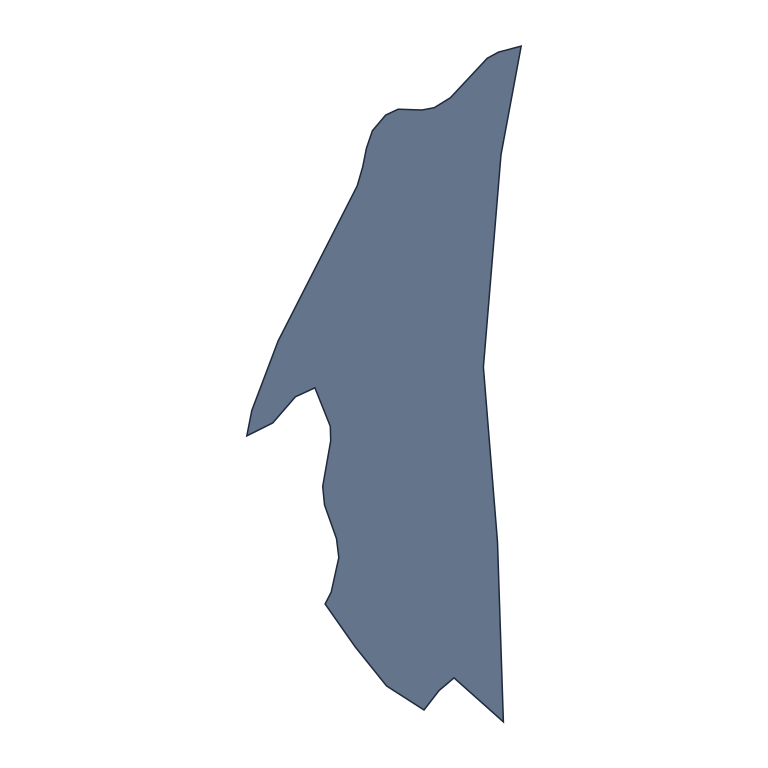 map outline of Koboko (Equal Earth projection)
{"feature_id": "UGA-3081", "entity_name": "Koboko", "entity_type": "County", "adm_level": 1, "iso_a3": "UGA", "parent_name": "Uganda", "parent_adm1": "", "projection": "equal_earth", "projection_center": [30.954, 3.522], "detail": "fine", "context": "isolated", "style": "filled", "palette": "slate", "viewbox_px": 768, "rotation_deg": 0, "n_neighbors": 0, "source": "natural_earth", "source_scale": "10m", "svg_char_len": 560}
<svg xmlns="http://www.w3.org/2000/svg" viewBox="0 0 768 768"><path d="M422.0,110.0L434.2,107.7L450.4,97.7L487.3,58.2L498.5,52.1L521.2,46.1L501.0,154.8L483.4,367.2L497.5,541.8L503.4,721.9L454.0,677.9L439.1,690.5L424.0,710.0L386.6,686.0L355.2,646.9L325.1,604.0L331.2,592.1L338.8,557.6L336.5,538.7L324.5,504.9L322.7,486.4L330.7,440.8L330.3,426.3L314.9,387.8L295.4,396.8L272.8,422.9L246.8,435.9L251.8,410.5L278.1,341.0L357.2,185.9L362.7,166.9L366.4,148.3L372.4,130.7L385.7,115.0L398.2,109.2L422.0,110.0Z" fill="#64748b" stroke="#1e293b" stroke-width="1.5"/></svg>